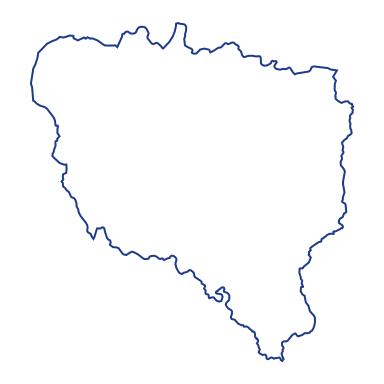 Andramasina, Analamanga, Madagascar (Mercator projection)
{"feature_id": "10022922B11040894453097", "entity_name": "Andramasina", "entity_type": "district", "adm_level": 2, "iso_a3": "MDG", "parent_name": "Madagascar", "parent_adm1": "Analamanga", "projection": "mercator", "projection_center": [47.78, -19.337], "detail": "fine", "context": "isolated", "style": "outline", "palette": "blue", "viewbox_px": 384, "rotation_deg": 0, "n_neighbors": 0, "source": "geoboundaries", "source_scale": "gbopen_adm2", "svg_char_len": 5889}
<svg xmlns="http://www.w3.org/2000/svg" viewBox="0 0 384 384"><path d="M123.2,33.7L122.3,34.3L121.9,37.0L117.3,47.1L115.5,45.4L110.1,45.6L104.5,45.4L97.5,40.4L92.3,38.4L89.9,38.6L89.0,37.9L87.4,37.3L85.9,38.6L85.2,38.5L84.5,37.5L84.1,37.5L77.8,40.4L73.6,38.2L73.4,36.0L70.2,35.5L63.6,37.5L59.5,36.9L58.7,38.0L55.9,39.8L52.7,40.9L47.1,43.7L38.2,52.9L37.5,57.7L35.5,64.1L33.3,68.5L30.9,83.7L32.1,87.1L33.2,100.7L34.6,101.4L36.6,103.5L39.8,105.5L44.9,107.2L47.1,108.8L53.8,117.7L55.0,120.7L55.5,125.0L55.9,125.7L57.6,125.6L58.0,126.4L57.5,128.3L57.4,133.0L59.5,136.3L57.3,138.7L57.2,140.7L56.1,141.0L55.4,141.8L55.6,145.6L54.1,149.7L53.7,151.9L52.6,153.7L52.4,156.0L53.9,157.7L59.5,162.9L64.1,164.7L66.3,164.5L66.6,168.3L66.2,172.9L63.1,174.3L62.8,177.5L63.3,179.6L61.6,181.5L62.9,183.2L63.0,186.2L65.3,188.3L66.8,190.4L68.9,192.0L71.1,196.8L72.0,197.5L73.7,197.9L75.1,199.4L76.4,202.8L76.6,206.5L78.1,209.1L78.6,211.8L79.2,213.4L80.7,216.1L85.8,222.6L87.2,225.1L87.6,227.3L87.2,230.6L87.4,231.5L88.0,232.3L90.7,233.9L92.0,236.9L93.4,238.9L94.7,236.2L96.6,229.7L97.3,228.3L100.1,228.6L102.0,227.5L103.2,227.4L104.3,228.4L104.8,231.1L107.1,238.2L108.5,239.6L110.2,240.5L110.7,242.3L109.9,244.8L113.1,247.2L116.6,247.4L118.7,248.3L122.5,253.6L124.0,254.5L126.3,255.0L131.2,251.9L133.0,251.8L137.9,254.3L143.4,258.6L144.4,259.0L147.9,258.9L148.7,258.3L149.5,256.9L150.4,256.2L153.9,255.7L156.4,256.5L159.2,258.8L160.4,258.9L162.5,258.4L163.4,259.7L164.1,260.0L167.8,258.3L169.6,258.1L169.8,257.2L171.1,255.9L172.6,255.7L173.8,256.1L175.4,257.3L176.3,258.7L176.4,260.3L175.7,262.2L175.5,264.4L176.6,268.4L178.9,272.4L180.4,273.5L182.2,274.0L183.8,272.7L187.1,271.9L189.4,270.1L190.5,270.2L192.5,271.5L193.9,273.2L194.3,275.8L195.0,277.1L200.9,281.0L201.4,281.7L201.8,283.6L204.9,285.4L205.1,286.4L204.1,288.6L205.6,290.5L205.5,293.4L206.3,294.2L207.8,294.4L208.5,294.9L208.7,295.5L208.8,297.6L209.3,298.2L211.9,297.4L213.1,297.3L213.9,297.6L216.3,300.4L217.5,301.2L219.4,301.5L221.3,301.0L222.6,296.9L222.1,295.1L220.8,294.1L216.5,293.5L216.0,293.0L215.9,292.2L216.5,291.4L217.9,290.8L218.3,290.0L219.8,289.1L221.3,287.7L222.8,287.3L223.9,287.7L224.4,289.0L223.8,291.0L224.0,291.7L227.3,292.9L228.6,294.2L229.4,295.8L229.1,300.1L226.4,302.7L225.8,304.5L226.5,306.2L228.0,308.2L231.2,310.2L232.0,311.3L231.9,314.0L230.8,317.0L231.4,318.7L232.1,319.2L234.6,319.6L238.1,323.6L241.5,325.3L243.2,325.2L244.1,326.7L246.4,326.5L247.8,327.0L250.4,329.5L251.6,330.3L252.2,331.5L253.5,331.5L254.4,332.0L254.9,333.7L255.3,337.3L256.4,338.6L256.6,338.3L257.2,338.8L258.1,340.3L258.0,341.4L256.9,343.5L258.0,344.6L258.9,347.7L259.8,349.5L258.7,352.1L259.6,353.3L262.7,355.0L264.8,354.6L265.6,354.9L266.4,356.3L266.5,358.3L267.4,359.1L268.3,359.1L271.1,357.5L272.1,357.6L274.1,358.7L275.7,358.0L277.1,358.1L279.2,357.5L280.3,358.2L280.8,360.0L282.2,361.0L283.6,359.1L282.9,358.1L283.0,357.6L282.3,356.2L281.6,353.8L281.8,352.9L282.8,351.4L282.5,350.0L283.5,348.2L283.3,347.2L282.1,345.6L282.0,343.2L282.5,342.1L283.7,341.4L286.0,341.4L287.6,340.8L292.2,335.1L294.8,333.5L295.5,333.6L297.3,335.8L298.3,336.3L302.4,334.9L304.6,333.2L307.7,333.2L309.7,332.6L310.5,331.5L311.9,330.8L313.2,328.7L314.3,325.8L315.0,322.0L314.9,317.7L313.8,315.4L310.5,311.9L309.7,310.6L308.5,305.8L305.9,302.5L304.5,295.6L302.5,294.5L300.7,291.4L300.9,287.7L301.3,287.0L302.9,286.9L303.0,286.4L301.7,283.8L302.2,281.0L302.0,280.3L300.9,279.1L300.7,277.2L299.4,273.0L299.5,269.1L300.2,268.3L302.5,268.4L304.0,266.4L308.8,262.5L309.1,261.9L310.8,257.5L308.7,254.9L309.2,254.0L309.0,251.8L310.7,250.4L310.2,248.6L310.7,247.6L318.5,242.2L321.2,241.5L321.5,239.3L322.1,238.6L323.3,238.3L324.5,236.9L325.6,236.5L326.9,235.1L329.9,233.7L333.6,233.9L333.4,231.8L333.7,231.4L335.2,231.5L339.6,229.4L341.7,227.9L342.2,228.2L342.9,227.1L342.8,225.9L341.9,224.9L339.1,223.1L338.9,222.2L339.0,220.5L339.8,218.9L342.7,217.0L344.1,213.4L345.9,212.5L346.3,211.8L345.6,204.7L344.9,203.6L342.4,202.1L342.1,201.4L342.9,199.0L342.8,197.7L344.5,192.4L343.1,184.6L343.0,181.9L344.9,171.4L343.6,168.7L340.9,165.4L340.6,163.1L341.0,161.1L342.1,158.7L341.4,155.8L342.0,154.7L343.2,153.3L343.5,152.3L343.3,151.5L342.5,150.5L343.3,147.0L342.1,143.4L342.1,142.5L344.5,139.8L346.7,138.5L348.0,135.9L350.4,134.6L351.6,133.2L351.2,129.9L350.3,128.4L350.2,124.9L350.5,123.5L349.8,122.0L349.5,120.1L350.3,117.9L349.9,116.3L350.3,115.0L352.7,112.7L352.5,111.5L352.9,109.8L351.6,107.9L352.9,107.0L353.1,106.5L352.1,105.5L352.1,104.2L349.7,103.3L347.9,101.3L344.8,101.5L341.5,102.9L337.9,100.9L335.6,98.7L335.6,96.9L335.3,96.3L336.0,92.6L334.6,89.9L334.8,84.3L335.9,80.6L333.1,76.9L336.9,70.4L330.7,69.5L328.0,68.1L313.7,66.4L311.8,67.1L310.3,70.2L308.9,71.5L296.7,73.5L294.8,74.3L292.8,72.1L290.3,68.2L289.6,67.7L288.5,67.7L286.7,68.9L285.4,69.2L283.1,68.8L280.1,69.7L276.0,68.8L274.4,66.9L274.3,66.3L274.7,65.2L276.6,62.7L276.4,61.4L275.9,61.1L273.9,61.4L272.4,60.8L271.5,61.4L270.9,63.1L270.0,63.9L266.9,65.4L264.1,65.7L262.0,64.7L261.0,63.5L260.8,58.3L260.4,56.9L259.6,56.2L255.7,56.4L252.5,55.8L249.5,55.8L247.7,56.0L245.2,56.9L243.7,57.0L242.2,55.4L240.9,51.2L238.6,49.3L238.4,48.5L238.7,46.5L237.2,45.0L235.6,44.5L234.0,42.8L233.2,42.5L231.7,42.6L228.4,44.2L226.3,43.2L224.7,43.5L221.0,47.4L218.3,47.8L212.9,51.2L210.3,52.4L209.5,50.3L208.8,49.6L204.4,48.6L200.2,49.5L196.3,53.5L195.0,53.7L193.0,53.5L191.8,52.6L192.5,50.8L192.5,50.2L191.6,48.9L187.5,47.0L185.0,45.4L184.2,39.0L185.1,36.3L185.1,34.1L186.0,31.0L186.2,27.1L185.5,25.4L184.4,24.4L178.8,23.5L178.0,23.0L176.1,23.7L175.9,26.4L174.7,31.6L172.6,36.7L169.5,41.7L163.1,48.5L162.6,48.3L160.7,45.8L157.2,42.9L156.1,42.9L153.5,44.1L151.6,43.5L147.5,38.1L147.4,36.7L148.6,33.6L148.4,32.6L146.7,29.2L145.4,27.7L144.0,26.9L140.5,26.9L138.8,27.5L137.5,28.9L135.8,32.5L134.7,33.3L133.0,33.6L130.5,33.5L128.1,31.7L126.9,31.6L125.7,31.9L124.2,33.8L123.2,33.7Z" fill="none" stroke="#1e3a8a" stroke-width="2"/></svg>